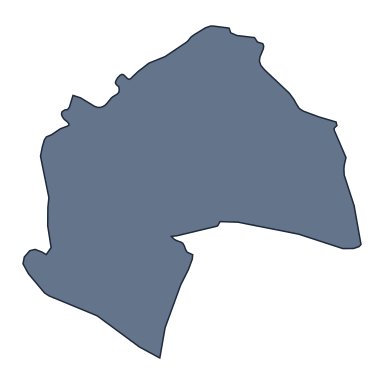 the Province of Al-Qādisiyyah
{"feature_id": "IRQ-3224", "entity_name": "Al-Qādisiyyah", "entity_type": "Province", "adm_level": 1, "iso_a3": "IRQ", "parent_name": "Iraq", "parent_adm1": "", "projection": "mercator", "projection_center": [44.995, 31.829], "detail": "fine", "context": "isolated", "style": "filled", "palette": "slate", "viewbox_px": 384, "rotation_deg": 0, "n_neighbors": 0, "source": "natural_earth", "source_scale": "10m", "svg_char_len": 1558}
<svg xmlns="http://www.w3.org/2000/svg" viewBox="0 0 384 384"><path d="M211.0,26.0L214.6,26.2L229.1,28.1L230.7,32.8L236.9,35.5L254.5,37.6L257.4,42.0L262.8,43.7L263.7,46.1L263.3,48.9L260.0,56.8L259.4,61.0L260.8,65.4L264.5,69.8L289.3,93.2L293.8,99.4L296.9,104.9L299.3,108.5L303.2,111.1L318.9,116.9L336.1,122.0L336.9,125.6L335.1,127.2L334.1,128.5L334.3,130.4L346.0,157.6L344.3,164.8L343.9,169.0L344.2,175.1L354.1,205.7L361.0,244.5L358.9,246.7L353.5,248.5L342.9,248.6L298.8,234.2L238.0,222.2L220.1,221.6L217.5,226.0L177.2,235.7L171.4,236.4L174.2,239.3L176.6,240.6L181.1,242.2L182.8,243.3L184.3,245.9L185.5,249.3L187.1,252.2L192.7,254.7L192.3,259.1L188.4,269.6L180.7,284.9L165.1,327.7L159.8,358.0L139.6,347.1L97.2,315.8L49.3,296.0L44.6,293.0L28.4,273.7L23.0,263.8L24.3,257.0L29.8,250.7L35.1,249.4L41.9,252.0L46.2,254.6L51.1,247.6L47.7,225.7L47.9,207.2L48.9,197.7L40.5,156.2L42.3,147.0L44.4,139.8L46.4,136.9L51.3,134.9L60.3,128.8L67.5,126.1L68.8,125.2L68.9,123.9L67.4,121.9L65.2,120.2L63.7,118.7L62.5,116.9L61.6,114.9L61.6,113.1L62.2,111.6L64.7,110.0L66.3,109.7L67.5,109.6L68.5,108.4L69.4,107.2L73.0,95.4L80.5,97.8L94.3,106.2L97.5,107.4L100.5,107.4L102.9,106.6L104.9,105.4L106.6,103.8L111.4,97.9L112.9,96.7L116.6,94.5L118.0,93.4L119.0,91.8L119.2,89.6L118.9,86.9L116.9,85.1L115.8,83.9L115.4,82.5L116.1,80.5L117.6,77.9L120.0,75.3L121.8,74.4L123.3,74.6L124.7,75.8L127.6,78.7L129.1,79.4L130.8,78.5L138.1,71.5L149.0,63.1L165.1,56.6L186.5,42.2L188.2,40.6L191.2,36.9L194.2,34.7L205.3,27.9L208.9,26.6L211.0,26.0Z" fill="#64748b" stroke="#1e293b" stroke-width="1.5"/></svg>